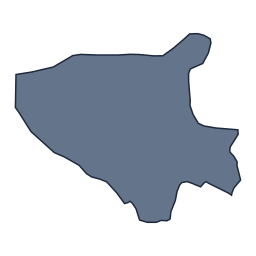 map outline of Burundi (Mercator projection), rotated 90°
{"feature_id": "BDI", "entity_name": "Burundi", "entity_type": "country or territory", "adm_level": 0, "iso_a3": "BDI", "parent_name": "Africa", "parent_adm1": "", "projection": "mercator", "projection_center": [29.996, -3.384], "detail": "fine", "context": "isolated", "style": "filled", "palette": "slate", "viewbox_px": 256, "rotation_deg": 90, "n_neighbors": 0, "source": "natural_earth", "source_scale": "50m", "svg_char_len": 1032}
<svg xmlns="http://www.w3.org/2000/svg" viewBox="0 0 256 256"><g transform="rotate(90 128 128)"><path d="M195.2,24.5L193.2,27.3L183.5,46.9L181.7,49.9L182.7,51.7L186.8,55.4L184.4,61.6L183.5,63.3L181.6,69.0L182.6,74.3L185.0,76.3L191.2,78.9L200.6,80.7L211.6,85.1L219.0,85.9L220.8,89.1L220.4,94.8L222.3,99.8L222.3,108.6L220.1,116.4L208.7,120.0L202.9,124.0L201.3,126.0L202.7,128.4L203.5,131.5L192.8,139.3L181.8,149.4L179.1,156.3L176.9,164.4L173.7,169.5L165.3,176.9L156.8,191.9L152.6,201.7L131.6,225.0L113.0,236.7L107.5,240.6L74.5,240.0L72.0,224.2L67.0,202.7L55.6,183.3L54.4,175.2L55.0,159.5L55.0,137.5L54.3,125.7L54.5,117.1L55.9,102.1L55.8,93.2L48.3,82.8L39.0,71.9L34.0,66.5L33.7,62.1L33.7,58.1L35.2,52.3L38.8,45.8L42.9,45.1L52.9,47.6L63.4,53.2L68.9,65.6L73.2,67.4L80.9,67.4L100.6,65.8L105.5,66.0L114.4,63.0L123.3,57.7L125.9,52.3L128.0,40.1L129.8,18.1L134.4,17.9L146.8,25.7L149.5,26.2L152.1,26.0L156.4,22.1L161.7,18.9L165.6,19.0L180.0,15.4L187.8,22.0L192.7,24.0L195.2,24.5Z" fill="#64748b" stroke="#1e293b" stroke-width="1.5"/></g></svg>